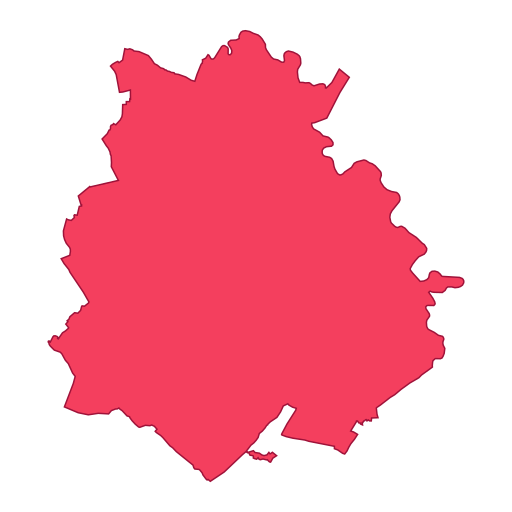 outline of Comarna, Iasi, Romania
{"feature_id": "2599482B53302067046585", "entity_name": "Comarna", "entity_type": "district", "adm_level": 2, "iso_a3": "ROU", "parent_name": "Romania", "parent_adm1": "Iasi", "projection": "mercator", "projection_center": [27.796, 47.075], "detail": "fine", "context": "isolated", "style": "filled", "palette": "rose", "viewbox_px": 512, "rotation_deg": 0, "n_neighbors": 0, "source": "geoboundaries", "source_scale": "gbopen_adm2", "svg_char_len": 5943}
<svg xmlns="http://www.w3.org/2000/svg" viewBox="0 0 512 512"><path d="M433.0,360.6L435.3,358.6L440.4,358.7L442.0,358.0L443.1,356.2L444.2,353.3L444.8,348.4L443.3,345.4L442.9,343.8L442.9,341.9L443.8,339.3L443.7,338.3L443.1,337.0L442.4,336.3L438.4,335.3L434.3,332.4L429.0,329.7L427.8,328.8L426.7,326.5L426.4,322.4L426.8,320.2L429.5,316.3L429.6,315.1L429.2,313.6L426.0,308.8L425.7,306.9L426.7,305.7L427.9,305.4L433.8,305.5L434.8,304.5L435.1,303.7L434.7,301.8L432.8,298.2L428.7,292.3L430.1,291.2L432.0,292.0L434.2,292.3L442.3,292.5L445.1,290.4L446.5,287.9L447.9,286.9L451.7,286.9L455.0,287.7L458.3,287.3L460.5,286.5L462.5,285.1L463.7,282.8L463.8,281.0L463.1,279.4L462.1,278.4L459.5,277.4L442.4,276.4L441.7,276.1L440.1,274.0L437.8,272.0L434.8,271.1L432.0,271.3L430.0,272.8L429.4,274.2L428.7,277.7L426.9,279.6L423.8,281.0L420.2,281.4L412.6,273.0L410.4,270.1L410.2,268.6L412.4,264.5L415.4,260.5L418.7,256.8L424.3,254.1L426.0,251.9L426.6,250.3L426.7,248.4L424.3,244.6L422.2,243.2L416.3,237.4L408.9,232.6L405.0,228.2L401.7,226.3L400.2,226.4L397.8,227.5L396.2,227.2L394.7,226.3L391.3,223.0L390.7,221.8L389.8,217.3L390.3,213.9L392.0,210.7L399.1,201.9L400.0,199.8L399.8,197.1L399.3,195.5L398.3,193.9L396.7,192.5L391.5,191.5L387.0,189.7L383.8,186.9L381.0,182.6L380.1,180.1L380.2,178.8L381.3,175.5L381.1,173.0L380.5,171.6L375.2,165.8L372.3,163.8L369.4,162.8L365.9,160.5L363.9,160.0L356.9,161.8L354.2,163.3L351.5,167.5L344.9,171.8L342.8,174.0L340.8,174.9L339.5,174.9L337.5,173.6L334.9,169.1L334.0,166.4L333.1,161.2L331.6,158.5L329.7,157.3L324.8,156.3L323.4,155.4L322.6,154.2L322.2,153.1L322.2,151.0L322.4,150.0L323.7,148.1L326.5,146.7L331.5,146.2L333.0,144.8L333.0,142.6L331.3,139.9L329.1,137.8L328.0,137.1L323.0,135.9L319.6,132.2L313.6,128.9L312.2,126.7L311.6,124.4L311.8,123.1L314.6,122.7L326.8,118.1L339.9,92.5L349.3,77.3L339.3,69.1L331.9,82.5L326.3,88.0L325.5,87.9L325.5,86.3L324.7,84.6L322.9,83.8L319.6,84.0L314.0,85.8L312.1,85.0L310.5,83.5L309.0,82.7L305.3,82.9L302.9,82.4L299.7,82.4L298.0,77.8L297.4,71.9L297.7,69.3L300.4,64.8L300.8,63.2L300.5,58.8L299.8,56.6L299.1,55.7L297.3,54.2L293.0,52.1L288.4,51.0L286.3,51.7L284.7,53.1L284.2,54.0L283.9,55.8L284.5,60.7L283.7,62.2L281.7,62.2L277.8,59.9L273.6,59.0L271.3,57.1L266.4,49.8L265.5,47.6L265.4,44.3L262.2,39.0L260.3,36.8L258.1,35.0L253.2,33.3L249.7,31.5L245.5,30.7L242.7,31.1L240.9,32.3L239.4,35.0L239.0,36.5L239.2,38.5L236.2,40.0L230.7,40.3L228.5,42.0L228.1,43.4L228.4,44.5L230.9,48.3L231.8,50.6L231.6,53.2L230.3,54.7L229.1,54.8L228.1,53.8L228.2,48.9L227.5,47.4L224.6,45.6L223.1,45.6L221.6,46.6L214.7,57.7L213.5,58.9L212.0,59.1L211.0,58.7L209.0,55.3L208.0,54.7L205.7,58.2L202.4,59.8L202.6,61.4L202.2,62.7L202.3,63.2L201.3,64.0L200.8,65.0L197.0,74.5L194.8,81.3L191.0,80.2L185.8,77.0L178.5,74.4L174.9,73.9L174.0,72.7L171.3,72.4L169.4,71.4L167.5,71.1L166.1,70.0L164.7,69.8L163.7,68.7L160.5,67.8L157.4,65.2L154.4,63.7L151.4,59.2L148.4,55.6L139.0,51.6L134.0,51.0L132.6,49.8L129.8,48.8L127.6,49.4L124.8,48.7L122.6,60.1L119.0,62.7L117.8,61.4L115.4,62.5L112.4,64.3L110.5,66.1L114.6,71.2L116.2,74.6L119.5,92.3L122.8,92.0L130.4,90.0L130.5,99.0L129.9,98.8L129.6,101.6L126.3,101.6L126.3,104.4L122.7,104.6L122.4,113.9L121.9,116.8L120.2,120.0L115.8,124.8L113.5,123.6L113.0,124.5L111.1,125.3L110.5,126.5L110.5,128.5L110.0,129.9L109.1,130.1L107.3,133.7L102.1,139.0L106.3,145.7L108.2,148.1L110.0,151.9L110.4,154.4L111.1,155.8L111.5,162.5L111.3,166.7L118.4,180.4L89.9,187.0L89.7,186.6L78.3,196.0L81.0,204.7L81.6,204.8L81.6,206.0L79.3,206.4L77.2,215.2L74.5,214.8L74.0,215.5L74.3,217.4L74.1,217.8L71.3,220.4L68.2,219.8L66.6,219.0L63.4,230.9L63.6,235.8L64.6,239.6L66.3,243.3L69.5,247.3L70.3,249.0L70.4,251.4L69.8,255.3L61.2,258.7L64.1,263.6L68.8,269.5L70.0,272.3L83.3,292.1L88.9,301.9L88.5,303.0L84.5,306.2L82.2,305.9L81.7,306.2L80.6,310.4L77.8,313.2L74.6,312.7L69.9,316.7L68.9,319.2L67.1,320.8L67.9,321.7L65.8,324.1L68.6,327.7L68.4,328.3L65.5,330.9L62.5,332.8L58.3,338.9L57.6,338.5L57.8,337.2L57.1,336.5L55.3,335.8L53.8,335.9L53.0,336.7L50.3,342.0L49.0,340.9L48.3,341.3L48.2,342.0L48.8,342.7L49.3,344.6L50.5,346.3L54.3,350.1L60.3,352.2L61.9,353.9L65.4,360.3L68.3,363.6L72.6,373.0L75.2,376.4L73.3,383.5L64.4,406.9L78.1,412.7L88.3,414.8L98.3,413.3L108.6,413.9L111.4,410.6L115.5,409.0L117.3,408.9L118.9,408.0L120.0,409.2L122.2,410.7L127.0,415.9L129.5,416.7L130.0,417.9L132.0,420.6L135.2,424.1L138.6,427.0L139.8,427.3L145.4,425.3L149.9,425.7L151.7,425.0L154.4,426.3L157.0,429.2L155.2,431.3L156.3,432.5L160.7,435.5L162.8,437.5L169.9,445.8L172.6,447.7L176.3,451.6L193.0,465.1L193.8,467.7L194.8,469.0L198.9,469.4L199.7,469.9L202.1,472.8L203.0,475.0L206.0,479.0L207.1,480.0L208.0,479.4L210.3,481.3L224.2,472.0L242.5,454.6L245.9,451.7L247.7,452.8L248.6,452.5L250.0,455.2L253.0,455.7L253.4,456.6L253.3,458.0L254.8,458.7L256.7,459.2L258.1,457.7L259.1,459.3L260.3,459.7L263.0,459.0L266.6,459.9L267.3,459.7L269.0,461.5L270.2,462.2L270.7,462.0L272.8,458.2L276.6,455.7L272.4,452.3L270.5,453.7L269.8,453.7L268.9,452.4L266.9,454.9L264.0,455.6L261.8,454.9L259.4,453.2L255.0,452.5L253.4,450.7L248.2,452.3L246.3,451.2L250.9,445.2L253.8,442.9L256.2,440.2L258.1,437.5L259.3,433.5L262.3,431.1L265.0,428.0L266.7,425.3L267.6,424.9L268.0,424.0L270.3,421.8L276.9,417.4L280.6,411.8L283.3,405.9L287.8,403.8L288.8,405.0L292.6,407.2L296.3,408.3L295.7,410.3L287.0,424.0L281.9,433.6L281.6,434.7L281.9,435.0L286.2,436.6L292.9,438.2L304.7,440.0L308.9,441.3L334.4,446.3L334.4,448.7L337.7,449.9L342.6,453.3L344.7,454.0L347.0,451.0L348.8,447.2L350.8,443.8L354.5,439.2L357.6,434.4L353.6,432.0L350.7,431.0L356.3,421.9L356.5,421.0L357.5,421.0L358.8,422.9L360.3,423.1L360.5,424.0L362.5,424.9L362.2,422.6L362.8,422.6L363.6,421.1L364.6,420.8L365.6,419.7L366.3,419.6L367.0,420.9L368.2,419.9L369.6,420.9L371.3,420.9L371.6,418.0L378.0,417.7L377.0,414.2L376.3,408.0L376.9,407.4L380.2,405.2L390.1,397.5L394.7,394.7L401.0,389.4L409.8,383.0L418.9,377.7L421.5,375.0L432.4,367.1L432.3,365.5L432.6,362.3L433.0,360.6Z" fill="#f43f5e" stroke="#9f1239" stroke-width="1.5"/></svg>